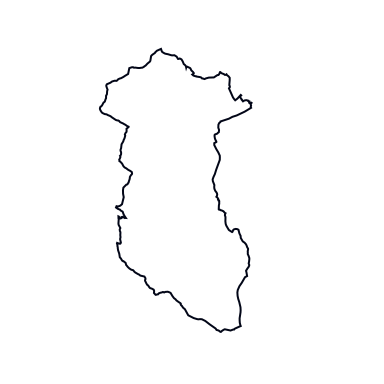 Leordina, Maramures, Romania, rotated 62°
{"feature_id": "2599482B17965531619441", "entity_name": "Leordina", "entity_type": "district", "adm_level": 2, "iso_a3": "ROU", "parent_name": "Romania", "parent_adm1": "Maramures", "projection": "natural_earth1", "projection_center": [24.258, 47.775], "detail": "fine", "context": "isolated", "style": "outline", "palette": "ink", "viewbox_px": 384, "rotation_deg": 62, "n_neighbors": 0, "source": "geoboundaries", "source_scale": "gbopen_adm2", "svg_char_len": 6022}
<svg xmlns="http://www.w3.org/2000/svg" viewBox="0 0 384 384"><g transform="rotate(62 192 192)"><path d="M215.8,286.4L217.2,286.0L219.7,285.9L220.8,285.3L220.9,285.0L223.4,283.9L225.6,284.4L226.2,284.2L228.0,283.9L230.1,283.2L232.1,282.1L233.3,280.8L233.7,280.6L235.4,280.3L236.4,279.9L239.0,278.3L240.2,277.4L241.5,276.9L244.3,273.7L246.1,273.6L247.0,273.9L247.6,274.7L248.1,275.0L249.1,275.2L249.8,275.1L250.4,275.2L252.7,275.2L254.0,274.6L256.2,274.4L257.2,274.1L258.4,272.9L260.2,271.7L261.3,271.8L261.8,272.0L263.3,273.0L265.7,272.4L265.9,271.9L266.1,270.6L266.4,270.2L266.3,269.7L265.9,268.9L266.1,267.2L266.5,265.9L266.6,264.7L266.8,264.4L267.6,263.8L267.6,263.1L267.8,262.2L268.7,260.2L269.9,259.1L271.0,258.3L274.9,258.1L277.4,257.7L279.0,256.9L280.3,256.7L282.6,255.6L284.8,254.4L285.3,254.3L286.0,254.8L287.1,254.7L287.7,254.4L289.9,254.2L292.2,253.3L299.1,253.2L304.1,249.7L306.5,247.3L307.4,246.2L308.0,244.6L309.0,243.0L312.1,240.8L317.0,238.6L323.5,235.3L324.6,235.1L325.3,235.1L326.8,233.5L328.8,232.6L329.1,232.1L328.7,230.8L328.5,228.7L328.6,227.5L332.4,223.0L332.8,220.0L333.2,219.4L332.8,218.6L332.8,217.8L333.2,211.9L332.2,211.8L329.9,211.2L327.7,210.2L325.8,209.2L321.1,205.7L319.3,204.6L316.5,203.3L311.2,201.9L308.2,201.4L305.1,200.5L302.0,199.1L300.0,197.6L297.4,194.3L295.6,190.8L292.1,185.2L292.1,182.8L288.4,181.6L287.0,181.3L286.7,181.0L286.1,179.8L285.7,179.3L284.8,177.3L284.4,176.9L284.0,176.2L283.3,175.7L281.7,175.5L280.4,174.4L278.2,172.9L277.2,172.4L274.9,172.0L273.0,171.9L271.2,170.9L270.6,170.7L268.8,169.3L268.3,169.1L266.7,169.2L264.8,168.9L263.3,168.9L261.3,169.4L259.6,170.3L259.0,170.4L255.6,170.5L254.6,170.2L253.7,169.7L250.8,169.6L247.2,168.7L246.8,168.9L245.8,169.7L245.0,171.0L244.7,172.6L244.9,173.4L246.1,174.9L246.2,175.1L246.2,175.4L243.4,177.0L242.7,177.3L238.2,177.5L236.9,177.4L235.9,177.2L233.6,176.3L230.2,174.4L229.4,174.1L228.1,173.9L227.3,173.4L226.5,172.4L226.1,172.7L225.5,172.9L223.7,173.3L223.0,173.9L222.2,174.4L221.5,175.3L220.7,175.7L220.3,176.4L219.8,176.5L216.4,174.5L215.2,173.5L214.0,172.9L213.4,172.5L212.3,172.1L212.0,172.6L211.9,172.6L211.4,172.5L210.9,172.6L210.5,172.1L210.0,172.1L208.8,172.2L207.7,172.7L207.3,172.0L206.2,171.0L205.0,170.6L203.7,170.6L202.1,170.9L200.3,170.8L199.0,170.5L197.4,169.7L196.4,169.0L192.2,168.5L190.5,167.8L188.7,165.8L186.9,163.4L183.7,160.2L176.7,152.4L174.6,151.2L172.9,150.4L169.3,150.2L165.5,150.4L161.0,150.3L159.3,149.4L159.3,147.1L158.8,146.8L156.7,146.8L155.4,146.6L153.6,146.0L152.4,145.4L152.1,145.0L152.0,144.5L152.2,143.1L152.3,142.5L152.2,142.0L151.9,141.4L151.8,140.3L150.3,139.2L149.6,138.9L147.6,138.6L145.0,137.1L143.9,135.7L143.6,134.2L143.1,133.7L144.6,125.0L144.6,121.0L145.4,116.6L145.8,107.8L145.4,100.3L144.6,100.3L143.3,99.2L142.7,99.2L142.1,98.9L141.6,98.3L141.3,97.6L140.9,97.8L140.9,99.3L140.4,99.6L139.6,99.5L139.1,99.3L138.9,98.9L138.0,99.7L137.7,99.5L136.5,100.8L136.0,102.0L135.8,102.9L135.9,104.4L133.8,104.8L133.7,104.6L130.4,105.1L129.8,103.2L129.2,103.4L130.8,107.9L131.0,108.9L131.3,110.8L129.6,111.2L127.6,111.4L117.8,110.7L117.3,109.5L116.7,109.1L116.2,108.9L115.5,109.0L114.5,108.5L111.1,106.3L108.9,105.1L107.1,105.4L105.1,106.3L104.3,106.3L104.4,107.2L104.2,107.7L103.9,108.1L102.9,108.5L100.9,110.2L100.3,110.5L99.5,110.6L99.3,111.0L100.7,112.7L101.1,113.7L100.7,114.7L101.1,118.9L98.9,123.4L98.2,126.5L98.2,127.7L98.1,128.0L96.8,129.2L96.5,129.8L95.1,130.2L94.3,131.0L92.1,133.9L91.9,133.9L91.3,134.7L90.4,135.6L89.8,136.1L88.4,136.6L88.2,134.9L87.9,134.6L86.4,134.8L84.3,135.5L82.7,135.4L82.1,135.4L81.5,135.6L79.0,137.5L78.8,137.9L78.9,138.2L79.4,138.7L78.0,138.3L76.5,138.6L75.2,139.2L72.4,138.9L70.1,139.0L69.0,139.6L68.3,140.3L68.3,141.2L67.9,141.9L65.3,142.0L63.0,143.3L62.1,145.3L61.5,146.1L59.1,148.5L57.3,150.7L56.5,151.3L55.2,152.1L54.2,152.6L53.6,152.6L51.1,152.2L50.8,156.7L51.5,159.1L51.8,159.4L51.9,160.0L52.1,161.9L52.4,163.4L52.8,164.3L56.6,167.2L57.1,168.0L57.7,171.0L58.6,173.6L58.7,175.2L58.9,175.7L58.9,177.5L58.4,178.6L58.0,179.9L57.2,181.4L55.6,183.6L54.9,185.0L54.1,185.5L53.6,186.7L53.2,189.2L57.8,193.0L58.0,196.7L58.2,198.6L58.2,201.3L57.9,202.5L57.8,204.2L58.4,205.8L58.3,206.8L57.9,207.2L57.4,208.2L56.9,210.7L57.2,212.7L56.9,216.6L57.6,217.6L58.5,218.0L60.9,218.4L62.0,218.5L63.0,219.5L65.7,221.2L66.7,222.7L68.9,223.9L69.5,224.8L71.2,226.5L71.4,227.2L71.5,228.1L73.2,230.6L73.7,231.7L73.8,232.3L73.7,232.7L74.3,233.5L74.8,233.9L75.4,234.3L76.1,234.4L77.0,234.5L79.4,234.3L80.3,233.9L82.2,232.5L83.4,230.9L84.6,230.2L86.1,228.9L87.1,228.2L88.2,227.8L92.7,225.4L93.9,224.2L94.2,223.6L95.1,223.0L96.2,222.8L96.8,222.5L99.1,220.7L100.3,220.0L101.3,219.3L103.4,218.3L104.6,217.3L104.8,217.4L105.0,218.1L105.4,220.1L107.6,221.2L108.2,221.7L108.7,223.0L109.7,224.3L110.9,224.5L112.7,226.2L113.3,226.9L113.8,227.7L115.1,229.0L116.8,231.8L120.0,234.0L121.3,235.4L122.3,235.8L123.5,235.9L125.1,236.7L125.8,237.4L126.1,237.9L126.3,238.6L127.0,238.6L127.5,238.8L128.5,239.9L129.3,241.1L129.9,241.2L130.7,241.6L131.5,241.1L134.1,240.4L137.2,240.4L138.8,239.9L140.3,238.9L142.5,237.9L144.1,236.8L146.0,235.8L147.2,236.1L147.8,236.4L148.2,237.0L148.5,238.1L149.6,239.8L151.1,240.8L152.2,241.9L153.0,242.8L153.4,243.1L154.0,243.7L154.2,244.4L154.8,245.2L154.9,245.7L154.7,246.6L155.9,250.5L158.0,252.1L161.2,253.7L164.5,254.7L169.9,259.5L170.4,261.7L170.1,264.1L169.1,265.3L170.0,266.4L172.0,265.4L173.9,263.8L174.8,263.7L176.7,262.5L177.2,262.5L178.9,262.8L180.8,262.9L183.8,262.6L183.6,262.9L183.5,263.5L182.0,264.5L181.5,265.1L181.2,265.2L181.1,265.9L181.8,266.0L181.9,266.3L181.8,267.0L181.9,267.4L181.6,268.0L179.4,268.1L179.0,268.4L180.8,269.3L181.5,269.4L185.2,271.7L186.5,272.2L190.2,272.2L191.1,273.4L192.6,274.0L193.5,274.0L194.1,274.2L195.7,275.1L196.2,275.5L198.0,276.2L198.7,276.6L199.3,277.2L200.1,277.7L203.2,278.5L203.6,278.9L203.9,279.4L203.9,279.9L203.1,280.6L202.7,281.3L201.8,282.0L202.3,282.5L203.7,282.6L204.6,283.2L205.9,283.5L206.7,283.9L208.7,284.6L212.3,285.2L215.8,286.4Z" fill="none" stroke="#020617" stroke-width="2"/></g></svg>